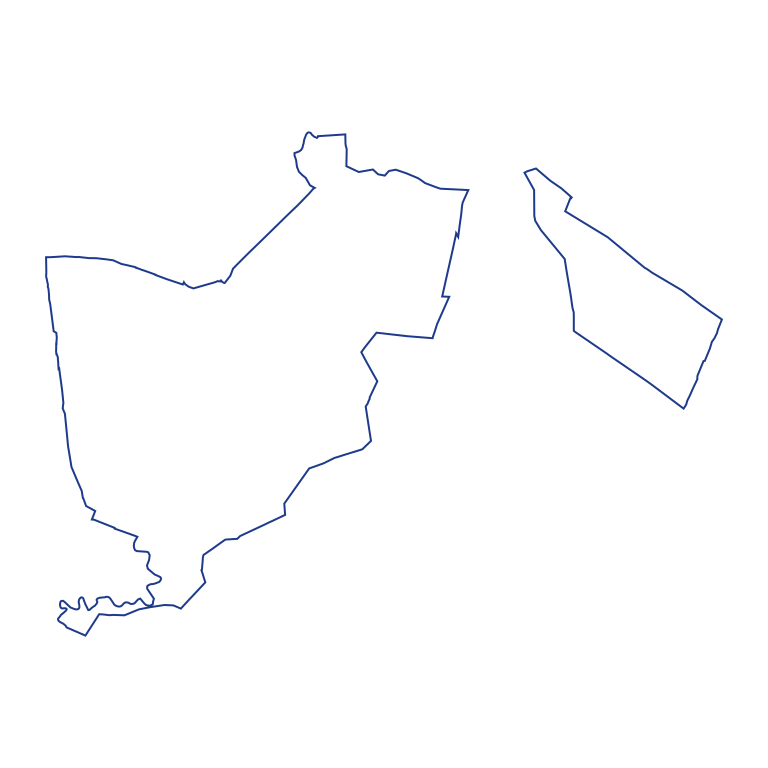 Ilūkste, Ilukstes, Latvia (Albers equal-area conic projection)
{"feature_id": "27541924B8842177834168", "entity_name": "Ilūkste", "entity_type": "district", "adm_level": 2, "iso_a3": "LVA", "parent_name": "Latvia", "parent_adm1": "Ilukstes", "projection": "albers", "projection_center": [26.305, 55.977], "detail": "fine", "context": "isolated", "style": "outline", "palette": "blue", "viewbox_px": 768, "rotation_deg": 0, "n_neighbors": 0, "source": "geoboundaries", "source_scale": "gbopen_adm2", "svg_char_len": 5810}
<svg xmlns="http://www.w3.org/2000/svg" viewBox="0 0 768 768"><path d="M432.6,338.2L433.1,336.3L434.7,331.7L435.8,328.2L437.1,324.1L449.2,296.8L442.2,296.5L447.5,272.8L452.4,251.1L456.1,234.0L456.2,233.2L456.5,233.7L457.3,235.4L457.9,236.5L458.2,237.0L458.3,236.0L459.0,230.6L459.3,228.2L459.5,226.5L459.8,224.6L460.1,222.0L460.4,220.1L460.6,218.9L460.9,216.6L461.2,214.3L461.3,213.4L461.5,211.5L461.7,209.6L461.9,207.3L462.2,204.9L462.7,202.6L464.7,198.0L466.0,195.3L466.3,194.4L468.3,190.1L461.1,189.7L440.4,188.7L436.0,187.2L424.9,183.0L423.5,181.9L418.3,178.3L407.1,173.6L406.1,173.2L405.8,173.1L395.7,169.7L388.9,171.0L384.8,175.6L378.1,174.3L372.9,169.5L358.8,172.0L346.4,166.2L346.7,149.0L345.8,145.9L345.5,143.9L345.3,134.4L334.6,135.1L319.2,136.1L318.0,136.2L317.9,136.9L316.9,137.9L314.2,136.7L312.0,134.8L310.7,133.0L309.5,132.5L308.7,132.4L307.9,132.6L306.7,133.7L306.0,135.0L304.2,139.8L303.5,143.9L303.2,144.5L302.5,147.5L302.3,148.1L301.1,150.0L298.8,151.6L294.5,153.1L294.5,154.7L294.5,154.9L294.5,155.4L296.1,160.2L296.7,164.8L297.0,166.9L298.9,171.7L302.0,174.8L303.9,176.4L305.7,177.8L310.0,185.3L314.7,187.9L313.3,188.7L313.1,189.0L308.8,193.9L308.7,194.0L304.2,198.6L297.8,205.2L291.6,211.1L285.3,217.2L281.2,221.2L280.1,222.3L261.1,240.9L251.5,250.2L246.7,254.9L237.9,263.7L233.0,268.7L230.4,275.6L224.8,282.9L224.2,283.0L222.7,282.2L221.6,281.2L221.0,280.5L220.7,281.0L220.4,281.4L220.0,281.2L219.2,281.4L217.7,281.1L215.1,282.2L193.4,288.4L190.6,287.4L188.9,286.8L185.3,284.3L184.8,283.7L183.9,282.2L182.8,284.5L166.6,279.1L155.3,274.9L155.4,274.6L150.1,272.7L144.8,270.8L141.7,269.8L138.9,268.7L136.3,267.9L136.4,267.7L134.8,267.0L134.3,266.9L125.8,264.9L121.5,264.0L113.2,260.3L106.1,259.3L96.3,258.2L88.9,258.1L78.0,256.9L77.0,257.1L64.9,256.3L53.7,257.0L49.9,257.2L46.1,257.2L46.1,258.8L46.3,270.1L46.3,274.0L46.1,275.5L46.2,277.1L46.8,279.0L47.0,280.3L47.1,280.8L47.3,282.0L47.9,284.3L47.9,285.2L47.8,287.0L48.3,288.2L48.6,290.0L49.0,294.6L49.1,296.3L49.1,296.8L49.1,299.3L50.2,304.0L53.7,331.3L56.3,332.8L56.8,337.5L56.6,340.5L56.4,341.9L56.5,343.9L56.2,343.9L56.2,345.2L56.2,346.1L56.2,347.3L56.2,348.2L56.1,350.9L56.1,351.6L56.4,354.0L56.6,353.9L57.7,356.8L57.9,358.5L57.9,359.3L58.0,360.3L58.2,362.6L58.4,366.8L58.6,369.0L59.2,368.6L60.1,375.4L60.2,376.3L61.2,383.4L62.2,391.0L63.3,402.1L63.4,402.9L63.3,403.5L62.7,408.3L63.3,409.9L63.4,410.1L64.4,412.5L64.6,412.9L64.9,413.7L67.1,435.9L68.0,445.8L70.8,462.8L71.3,466.1L71.4,466.8L77.8,482.0L81.4,490.2L81.7,490.8L82.9,498.1L83.3,498.3L83.4,498.6L86.1,506.0L95.2,511.0L91.9,519.5L94.0,519.7L110.2,526.1L114.7,527.9L114.6,528.6L135.4,536.0L137.4,536.8L134.9,541.1L134.1,543.1L134.0,544.4L133.8,545.8L134.2,548.1L134.3,548.4L135.1,550.2L136.9,551.1L146.8,551.8L148.2,552.3L149.7,555.1L149.1,559.9L147.0,565.5L147.8,568.7L154.5,574.4L158.5,576.2L160.4,577.2L160.9,578.2L161.1,578.7L160.5,580.4L159.1,582.0L154.5,583.7L152.4,584.1L150.5,584.2L147.6,585.7L147.2,586.3L147.2,588.7L153.9,598.7L153.2,601.2L152.7,604.4L149.8,605.8L146.4,605.2L144.7,603.9L140.2,598.6L138.1,599.4L134.7,603.1L133.6,603.7L131.3,604.0L130.0,603.7L129.0,603.0L128.1,602.6L126.8,602.4L125.6,602.4L124.4,602.9L123.1,604.1L122.1,605.4L120.5,606.4L118.9,606.6L116.6,606.1L114.3,604.7L112.8,602.3L111.0,599.6L109.7,597.9L108.8,597.2L107.5,596.9L106.1,596.8L104.8,597.3L101.7,597.5L101.3,597.7L100.0,597.7L99.9,597.7L97.4,598.6L96.7,599.5L96.7,600.6L97.3,601.7L97.3,602.0L97.1,602.8L96.5,603.8L94.9,605.7L93.7,606.4L91.8,607.8L90.2,609.3L89.5,609.9L88.6,610.1L88.2,610.0L87.4,608.3L85.5,604.5L83.9,600.4L83.2,598.2L82.2,597.5L81.1,597.4L80.6,597.7L79.9,598.4L79.0,599.8L78.9,600.2L78.7,602.0L79.0,603.7L79.3,605.3L79.4,607.0L79.1,608.1L78.5,608.8L78.0,609.2L76.9,609.4L75.4,609.3L73.5,608.7L70.4,607.4L67.8,605.0L65.3,602.6L63.3,600.9L62.3,600.8L61.7,601.0L61.1,601.1L60.8,601.3L60.4,602.2L60.2,603.2L60.0,604.8L60.1,605.5L60.3,606.5L60.7,607.5L61.2,608.0L61.9,608.3L62.4,608.5L63.7,608.3L64.7,608.2L65.9,608.4L66.5,608.8L66.6,609.0L66.6,609.5L66.4,609.9L65.9,610.7L64.8,611.7L62.9,613.4L60.8,615.0L60.4,615.8L59.3,617.3L58.6,618.0L58.3,618.3L58.1,618.9L58.0,619.4L58.3,620.3L59.3,621.5L60.5,622.3L62.8,623.4L64.3,624.5L65.5,625.6L65.7,625.8L66.1,626.4L66.5,627.4L67.9,628.0L68.4,628.2L71.8,629.7L77.2,632.0L85.4,635.6L99.2,614.2L103.6,614.5L109.4,615.2L113.1,614.9L118.7,615.1L124.5,615.3L137.4,610.0L139.2,609.3L150.6,607.1L164.5,605.0L173.4,605.4L180.9,608.6L182.6,606.7L188.5,600.3L205.3,582.4L202.7,574.0L201.7,570.9L201.4,570.2L201.9,569.8L202.6,561.8L202.8,558.3L203.0,556.9L203.5,555.0L204.1,554.5L205.4,553.7L208.8,551.3L212.7,548.6L216.3,546.0L225.0,539.8L225.8,539.6L226.3,539.5L236.5,538.9L237.2,538.9L240.2,536.0L264.8,524.5L268.3,522.8L274.8,519.8L276.4,519.0L285.1,514.9L284.3,503.6L299.8,481.7L309.2,468.4L313.3,467.0L323.4,463.4L334.5,457.9L337.3,457.1L344.2,454.9L362.3,449.3L371.0,440.9L368.7,426.1L365.7,406.5L367.7,403.5L368.7,400.8L369.7,398.8L369.7,397.4L377.3,381.3L366.4,361.8L361.3,352.2L364.8,347.4L376.5,332.7L407.3,336.2L432.6,338.2ZM721.9,319.5L701.3,305.1L682.5,290.7L681.9,290.3L651.8,272.5L649.8,271.0L649.7,270.9L646.1,268.5L644.7,267.8L607.8,237.3L565.2,211.3L570.1,198.8L570.5,197.9L571.0,198.3L571.7,197.4L561.3,188.3L550.4,180.8L536.0,168.5L527.2,171.3L524.5,172.7L532.4,186.9L534.1,190.0L534.3,216.0L535.0,219.5L535.3,220.9L540.9,230.1L564.7,259.0L566.7,271.8L567.4,275.9L570.5,294.0L570.8,295.9L572.4,307.3L572.8,309.1L572.9,309.5L573.4,311.2L573.7,312.2L573.8,315.6L573.8,330.9L576.7,333.0L604.5,352.0L606.7,353.5L610.0,355.9L645.3,380.1L651.2,384.3L683.6,408.6L685.7,405.4L686.4,404.0L687.1,401.1L689.9,395.4L693.4,387.5L697.3,379.3L697.4,376.3L697.5,375.7L703.5,361.1L704.8,360.9L709.9,348.5L711.9,341.8L712.9,340.4L714.4,338.3L716.9,333.3L718.1,329.0L721.9,319.5Z" fill="none" stroke="#1e3a8a" stroke-width="2"/></svg>